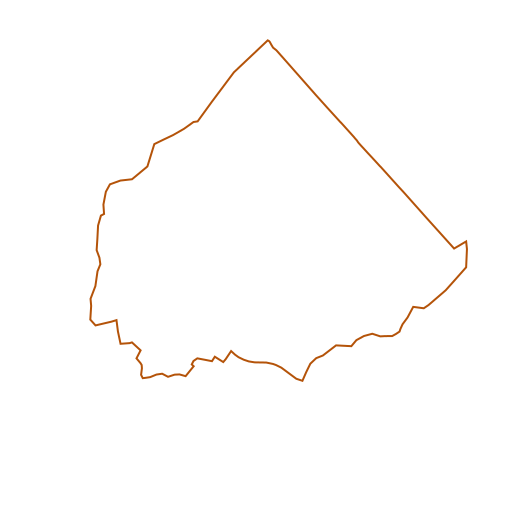 Shagamu, Ogun, Nigeria (Natural Earth projection), rotated 228°
{"feature_id": "59680162B49213136576829", "entity_name": "Shagamu", "entity_type": "district", "adm_level": 2, "iso_a3": "NGA", "parent_name": "Nigeria", "parent_adm1": "Ogun", "projection": "natural_earth1", "projection_center": [3.559, 6.792], "detail": "fine", "context": "isolated", "style": "outline", "palette": "amber", "viewbox_px": 512, "rotation_deg": 228, "n_neighbors": 0, "source": "geoboundaries", "source_scale": "gbopen_adm2", "svg_char_len": 1690}
<svg xmlns="http://www.w3.org/2000/svg" viewBox="0 0 512 512"><g transform="rotate(228 256 256)"><path d="M281.4,96.6L275.8,103.8L274.8,106.0L263.1,107.1L259.9,98.7L253.7,98.5L251.5,98.1L248.9,96.1L244.6,91.1L241.0,90.1L239.1,92.8L236.8,96.3L234.5,102.7L231.3,107.5L225.1,109.8L222.3,116.1L219.2,119.9L213.8,123.3L215.8,135.9L218.4,135.7L219.8,139.3L219.2,143.9L212.9,148.7L207.3,152.9L208.7,158.0L199.1,160.7L199.6,164.4L202.0,173.9L196.7,174.4L192.5,175.3L187.1,177.5L182.5,180.1L177.9,183.8L173.7,188.3L170.0,192.3L164.4,196.4L161.6,197.9L156.1,200.1L137.8,203.8L132.2,207.0L133.6,210.1L136.1,215.6L139.6,224.3L139.8,232.4L137.3,239.1L136.0,255.7L125.2,266.5L126.3,274.3L124.3,282.7L120.4,290.4L113.1,294.6L110.2,298.2L105.4,303.6L104.4,307.9L103.8,312.1L105.2,314.6L107.2,319.2L108.9,327.5L113.0,338.8L104.9,345.7L104.1,351.4L103.6,374.0L105.1,387.8L107.0,404.6L120.0,417.4L126.2,421.9L129.0,408.2L155.4,408.2L165.5,408.2L169.4,408.2L186.8,408.3L204.7,408.4L211.8,408.3L239.2,408.3L239.5,408.2L240.3,408.2L252.1,408.1L257.2,408.0L267.5,407.9L271.2,407.9L272.6,408.0L273.0,408.1L273.8,408.2L274.6,408.3L277.2,408.3L279.0,408.4L298.4,408.4L298.5,408.3L318.8,408.2L335.5,408.2L382.5,408.7L395.3,408.8L399.4,408.1L402.5,408.7L406.0,409.5L406.9,409.5L408.4,409.0L407.3,362.5L400.1,326.1L395.1,302.7L397.4,299.2L398.7,287.6L401.4,275.1L404.3,265.4L407.2,255.3L395.2,235.2L396.0,215.2L402.8,205.7L407.0,195.4L404.2,187.4L396.3,177.0L388.9,171.2L389.8,167.8L384.3,159.0L374.7,149.4L367.0,141.5L359.5,138.5L354.0,134.8L350.7,128.0L341.1,116.5L334.9,104.4L329.2,100.1L319.6,90.3L311.8,90.3L303.9,104.7L301.7,109.4L292.3,102.9L281.4,96.6Z" fill="none" stroke="#b45309" stroke-width="2"/></g></svg>